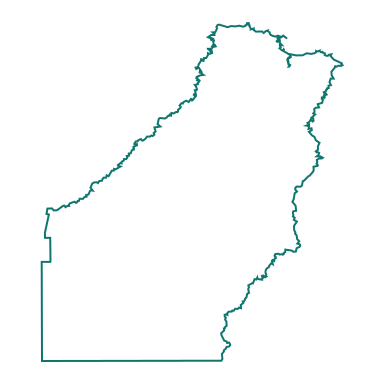 Burnie, Tasmania, Australia (Robinson projection)
{"feature_id": "25037944B77423054355343", "entity_name": "Burnie", "entity_type": "district", "adm_level": 2, "iso_a3": "AUS", "parent_name": "Australia", "parent_adm1": "Tasmania", "projection": "robinson", "projection_center": [145.868, -41.196], "detail": "fine", "context": "isolated", "style": "outline", "palette": "teal", "viewbox_px": 384, "rotation_deg": 0, "n_neighbors": 0, "source": "geoboundaries", "source_scale": "gbopen_adm2", "svg_char_len": 5863}
<svg xmlns="http://www.w3.org/2000/svg" viewBox="0 0 384 384"><path d="M213.7,44.0L212.6,45.7L215.0,45.1L215.7,46.4L213.1,47.0L211.1,48.8L208.0,48.8L208.4,49.6L209.6,49.7L210.4,51.4L211.6,50.5L212.1,53.0L209.8,53.9L207.9,53.2L208.0,55.0L206.2,58.0L204.1,58.0L203.5,60.9L203.0,60.8L202.9,59.5L201.1,59.2L201.0,60.8L198.7,64.3L197.9,67.2L195.6,67.6L196.3,69.0L198.1,67.8L199.2,68.1L200.1,69.8L199.6,72.5L200.7,72.8L201.4,71.8L202.1,74.1L203.4,74.9L200.3,75.3L196.6,77.0L196.4,78.2L197.6,78.6L197.1,80.1L199.1,80.1L199.5,80.6L198.6,81.0L198.8,82.1L197.8,82.7L197.9,84.2L194.8,84.9L196.2,86.8L197.0,89.5L196.4,90.2L194.9,90.2L195.8,94.1L194.2,94.1L193.8,94.9L194.4,95.6L195.9,95.5L195.9,96.1L192.4,100.4L191.8,100.4L191.5,99.0L191.0,98.9L188.6,102.0L186.2,100.7L183.4,102.2L182.9,103.5L181.5,103.2L179.6,105.5L180.7,106.6L180.3,108.0L178.1,109.7L178.0,111.5L177.4,112.2L176.1,111.9L173.8,113.4L171.4,113.0L171.0,115.5L169.6,114.6L169.0,115.9L167.7,116.1L166.6,117.6L164.9,118.5L160.0,118.0L158.8,118.8L157.6,124.2L160.3,126.5L154.4,127.5L155.6,131.5L153.7,132.9L154.4,134.7L152.7,136.0L151.5,135.5L149.9,136.6L147.0,136.6L145.2,139.0L142.9,140.6L142.1,140.6L141.0,139.1L138.4,140.1L137.6,141.3L135.7,141.5L134.3,143.9L135.7,144.6L136.8,144.0L137.0,145.3L133.4,146.8L134.1,148.7L133.7,149.7L132.8,149.4L131.7,150.6L130.7,153.4L128.8,153.5L129.0,155.7L126.8,156.0L127.3,157.6L126.2,159.1L124.1,159.0L123.7,160.7L121.8,161.6L121.6,163.3L120.8,162.9L117.8,165.1L118.2,165.9L120.5,166.5L115.5,169.4L114.1,168.9L113.9,170.5L111.8,170.7L108.6,176.2L106.7,175.3L106.1,177.7L103.7,177.7L102.5,179.0L102.0,180.7L99.3,181.0L98.0,183.1L96.7,182.2L94.0,182.5L92.3,183.5L90.5,187.7L92.7,190.6L91.0,190.3L89.9,191.1L88.5,194.5L86.2,195.0L86.6,196.6L84.7,196.9L82.8,198.9L79.6,198.7L78.9,200.9L77.7,201.0L76.8,202.6L75.8,202.8L74.5,201.7L69.8,203.4L68.8,204.8L69.1,205.9L67.4,206.0L65.5,207.2L64.5,205.6L63.0,205.9L57.1,210.2L53.9,210.5L51.9,208.4L47.4,208.6L46.5,214.0L48.9,214.5L44.9,232.8L45.0,237.2L45.1,237.9L50.2,237.8L50.5,260.3L50.3,261.9L41.7,261.9L42.0,361.0L221.4,360.7L222.4,359.0L221.9,354.0L223.9,351.5L223.9,350.2L226.0,348.5L226.4,347.0L229.3,346.4L230.3,344.8L229.2,342.6L227.1,343.0L226.7,341.5L224.2,340.6L221.4,335.1L221.2,333.2L224.2,330.4L223.9,328.5L224.8,328.2L224.8,327.3L226.6,325.9L226.4,321.4L225.1,319.6L225.8,317.6L224.8,316.8L224.6,314.9L225.9,314.3L227.4,315.0L227.4,313.0L228.5,311.8L231.9,311.5L232.2,310.6L233.8,310.7L235.1,308.8L237.8,308.9L239.0,307.6L241.0,308.2L240.8,305.0L243.4,302.8L242.8,301.5L243.8,301.4L245.1,299.6L245.1,298.6L246.4,297.5L247.2,293.8L249.0,292.9L248.2,289.0L249.0,287.2L248.3,285.4L252.2,283.2L253.0,283.4L254.6,279.1L256.4,279.5L257.3,277.5L257.6,278.6L258.4,279.1L262.1,279.7L262.0,278.8L262.7,278.3L262.0,275.9L263.3,275.6L263.7,276.9L264.9,277.3L266.4,276.5L265.4,275.9L266.2,274.4L265.5,272.9L265.6,270.7L266.5,268.7L269.1,266.8L269.2,265.7L271.3,263.3L272.8,264.2L271.9,260.8L272.8,260.0L274.1,261.0L274.8,258.3L275.9,257.9L275.5,256.6L274.5,255.8L275.4,254.0L278.8,253.8L279.5,254.5L282.0,254.2L282.7,254.7L283.8,254.0L283.7,253.0L285.2,252.1L285.4,249.6L291.8,250.6L293.4,251.8L295.9,251.5L296.6,248.2L299.5,246.9L300.2,245.9L300.1,244.9L299.3,244.0L297.4,243.6L299.2,241.2L297.2,239.2L296.6,235.3L295.1,233.7L295.4,232.5L294.2,230.2L294.0,225.9L296.9,221.6L293.8,219.8L294.7,217.7L292.9,216.4L293.4,214.8L292.8,212.9L293.3,211.3L296.1,210.8L295.6,205.7L292.4,201.9L293.7,199.2L294.7,193.2L297.0,191.6L295.5,189.8L295.1,188.3L296.5,186.6L300.6,186.7L302.0,185.4L302.8,181.1L304.3,180.5L307.9,176.7L310.0,175.3L313.2,171.5L313.7,169.8L313.5,166.7L317.5,165.9L317.8,165.1L316.5,163.7L317.3,162.4L316.8,159.9L319.3,158.4L321.7,158.5L322.8,157.8L320.3,156.3L316.9,156.3L318.4,155.1L319.2,153.0L318.2,152.3L316.7,152.3L315.8,151.4L318.0,149.7L317.9,146.4L319.5,142.8L315.8,140.2L314.4,136.8L312.1,135.5L308.9,131.8L311.8,130.2L311.5,128.3L308.5,128.9L309.1,126.1L306.4,125.6L309.0,124.6L309.1,124.0L307.6,122.9L309.2,122.0L310.8,119.5L312.5,121.5L313.5,120.9L313.2,118.4L311.6,117.7L315.2,114.4L313.3,113.4L314.6,111.8L314.2,109.0L315.7,107.8L319.0,107.4L317.7,104.2L322.2,102.8L322.9,99.9L321.8,98.9L321.8,97.5L323.3,97.1L324.1,98.0L324.8,97.1L323.8,96.3L323.9,95.4L326.6,94.6L325.9,93.6L324.4,93.4L323.8,92.2L325.9,91.3L326.2,89.6L327.0,89.4L327.2,88.2L328.7,88.1L328.5,85.7L330.9,85.1L329.5,82.1L330.7,78.6L333.6,78.6L331.7,75.3L331.4,71.8L334.8,67.6L335.1,66.6L334.4,65.9L336.5,66.7L338.3,65.7L341.4,65.9L341.6,65.0L342.3,64.9L341.5,64.1L341.8,63.3L333.8,59.6L330.6,56.1L331.4,54.3L328.8,54.8L327.9,55.8L326.4,55.8L324.0,54.6L324.7,54.7L324.8,53.3L323.1,52.9L322.4,51.8L321.1,52.3L320.1,51.4L318.6,51.3L318.9,50.9L317.0,51.5L316.1,51.0L316.0,52.3L314.9,53.1L311.4,53.9L306.7,53.3L302.6,55.3L296.2,55.4L290.2,54.2L290.8,57.1L287.9,58.9L288.8,64.4L290.2,65.1L289.2,66.7L288.7,66.7L290.0,65.1L288.5,64.5L287.3,59.5L288.2,57.8L290.2,56.8L290.2,55.8L289.6,54.6L283.3,51.0L283.9,49.6L283.7,49.3L283.0,50.5L282.3,50.5L279.5,48.3L280.8,47.0L279.9,46.0L279.8,44.5L280.5,44.1L280.9,44.7L281.7,44.9L279.8,42.8L279.7,41.3L277.3,41.9L276.7,41.2L277.4,40.4L279.8,40.4L279.6,39.7L277.7,39.0L279.7,39.4L277.6,38.5L277.5,38.1L278.2,38.0L277.4,37.3L279.7,38.3L280.3,37.0L281.2,37.3L283.2,35.7L287.1,38.6L283.2,35.6L281.4,37.0L278.0,35.7L275.2,36.6L272.2,35.7L270.1,34.4L269.7,32.4L267.6,31.1L267.8,30.5L265.8,31.1L263.7,33.0L262.1,31.5L255.8,31.6L254.0,30.1L253.8,28.9L253.3,29.6L252.7,28.8L250.7,29.4L250.8,28.7L249.3,25.9L249.6,25.3L248.7,24.7L248.9,23.3L248.1,23.0L246.9,23.3L246.6,24.9L245.4,25.3L245.1,26.1L242.9,26.6L239.0,25.7L235.9,26.4L230.9,26.1L227.6,27.2L219.1,24.6L217.5,25.1L216.4,27.0L217.1,28.2L215.6,31.6L215.1,32.3L212.7,32.4L214.5,34.0L214.5,35.0L211.1,35.0L208.0,37.2L210.5,38.1L211.3,40.1L212.2,39.8L211.7,38.2L213.3,38.9L214.0,40.8L213.2,41.6L213.7,44.0Z" fill="none" stroke="#0f766e" stroke-width="2"/></svg>